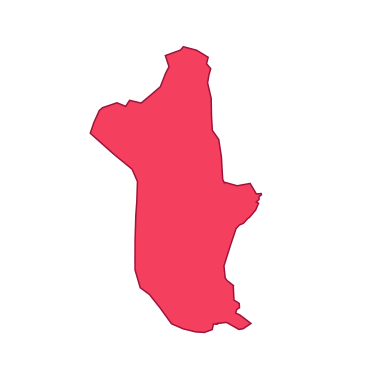 outline of Bokomu, Gbapolu, Liberia, rotated 304°
{"feature_id": "62588387B58325877345443", "entity_name": "Bokomu", "entity_type": "district", "adm_level": 2, "iso_a3": "LBR", "parent_name": "Liberia", "parent_adm1": "Gbapolu", "projection": "robinson", "projection_center": [-10.158, 7.228], "detail": "fine", "context": "isolated", "style": "filled", "palette": "rose", "viewbox_px": 384, "rotation_deg": 304, "n_neighbors": 0, "source": "geoboundaries", "source_scale": "gbopen_adm2", "svg_char_len": 1452}
<svg xmlns="http://www.w3.org/2000/svg" viewBox="0 0 384 384"><g transform="rotate(304 192 192)"><path d="M183.8,74.8L179.6,106.2L177.4,129.6L170.7,140.1L170.2,140.9L155.9,149.9L153.3,151.5L140.5,158.9L129.5,165.9L127.7,167.0L120.3,171.7L104.6,182.2L95.5,188.4L83.7,202.6L83.4,210.5L83.2,214.2L82.2,217.3L78.4,229.3L78.2,230.0L71.3,248.7L73.6,261.1L75.8,267.1L78.0,273.1L82.5,280.8L89.2,285.7L94.5,283.6L96.5,286.7L96.8,286.0L103.2,293.6L104.3,307.8L107.3,310.9L116.0,314.4L116.8,300.2L116.0,295.8L119.8,294.8L122.6,296.1L126.0,293.5L125.9,287.2L137.1,278.8L137.3,278.7L137.6,278.7L138.2,270.6L139.0,268.4L139.0,267.9L139.2,267.7L148.6,259.8L167.9,254.1L168.8,253.8L186.3,249.0L191.0,249.7L194.8,252.1L201.1,253.0L203.1,253.8L203.8,253.9L211.2,254.7L212.4,254.9L219.9,253.5L219.7,251.4L219.7,250.9L223.3,251.8L225.5,250.2L228.6,251.1L229.4,250.2L226.4,246.4L231.3,236.0L231.6,235.4L223.4,227.0L222.4,225.9L218.2,213.3L217.8,213.4L219.4,210.6L228.2,203.8L236.6,197.5L237.7,196.6L250.5,184.8L254.4,174.5L260.2,170.0L265.1,166.3L267.6,164.5L278.1,157.1L280.4,155.5L287.3,148.1L291.2,143.9L298.9,140.4L304.7,138.6L306.5,132.3L312.7,130.1L312.3,120.3L312.1,116.5L311.3,114.2L307.6,103.6L303.2,103.1L300.6,101.2L290.2,93.6L283.0,102.9L275.8,103.7L261.5,106.9L249.1,103.5L243.6,101.9L237.3,100.1L235.4,95.1L233.1,89.0L225.9,89.1L224.9,84.1L224.0,79.9L211.9,70.7L207.8,69.6L194.8,71.8L183.8,74.8Z" fill="#f43f5e" stroke="#9f1239" stroke-width="1.5"/></g></svg>